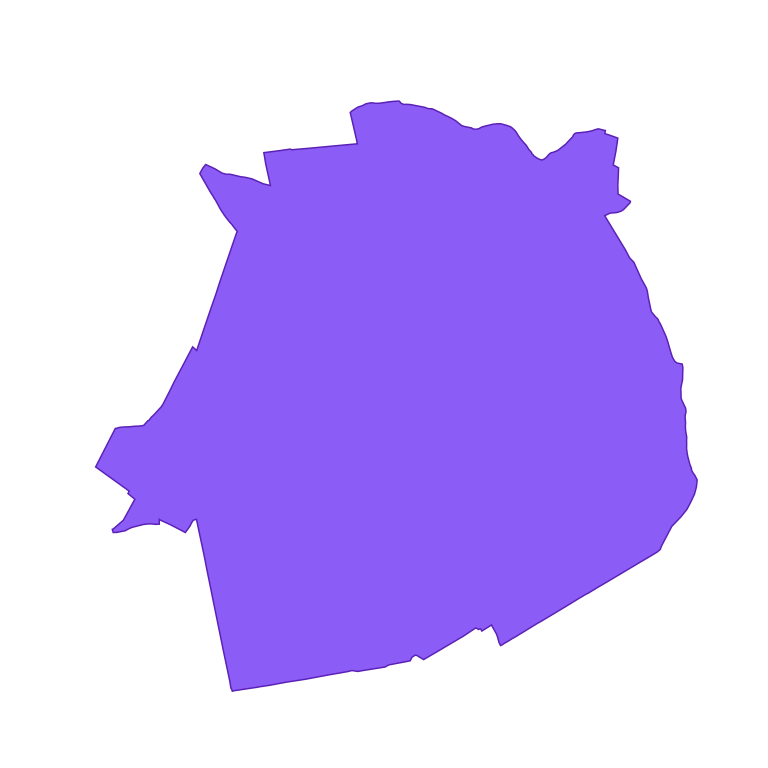 PIR, Satu Mare, Romania, rotated 261°
{"feature_id": "2599482B75880173618768", "entity_name": "PIR", "entity_type": "district", "adm_level": 2, "iso_a3": "ROU", "parent_name": "Romania", "parent_adm1": "Satu Mare", "projection": "natural_earth1", "projection_center": [22.392, 47.465], "detail": "fine", "context": "isolated", "style": "filled", "palette": "violet", "viewbox_px": 768, "rotation_deg": 261, "n_neighbors": 0, "source": "geoboundaries", "source_scale": "gbopen_adm2", "svg_char_len": 5542}
<svg xmlns="http://www.w3.org/2000/svg" viewBox="0 0 768 768"><g transform="rotate(261 384 384)"><path d="M599.7,642.3L602.5,635.6L602.2,632.4L601.6,629.6L601.4,626.4L601.3,625.1L601.3,623.1L601.6,617.1L601.9,613.8L601.8,612.7L601.6,611.8L601.1,611.0L600.3,610.1L599.8,609.7L599.0,609.3L598.7,609.1L598.2,608.4L594.4,603.4L592.7,601.4L587.5,592.1L586.4,587.5L586.3,585.7L586.2,585.1L585.9,584.4L585.1,583.0L584.3,582.0L583.6,581.2L582.8,580.3L582.4,579.7L581.6,578.4L581.0,576.9L580.6,575.5L580.6,574.8L581.0,573.8L582.0,572.1L583.4,570.3L585.2,568.4L585.9,567.7L586.3,567.5L587.1,567.1L587.7,566.5L588.1,566.2L588.9,566.1L590.2,565.6L592.4,564.1L593.2,563.6L594.8,563.0L595.9,562.6L596.4,562.3L597.8,561.7L600.1,560.1L602.5,558.6L604.5,557.4L605.8,556.8L607.5,555.9L608.8,555.3L611.2,554.4L612.5,553.8L613.6,553.1L614.6,552.5L615.9,551.4L616.9,550.6L617.9,549.6L618.3,549.1L618.8,548.4L619.1,547.7L619.3,547.2L620.2,545.7L621.8,542.2L622.5,540.7L623.0,539.3L623.1,537.7L623.3,536.2L623.4,534.3L623.5,533.1L623.5,531.6L623.4,530.2L623.2,528.3L623.1,526.1L622.9,524.4L622.8,523.1L622.6,521.7L622.3,520.0L621.8,518.8L621.4,517.9L621.2,516.1L621.3,514.8L621.5,513.2L621.9,512.3L622.4,511.5L623.3,510.4L623.8,508.9L624.6,507.0L625.0,505.7L625.6,504.1L626.4,502.5L627.0,501.2L631.1,497.5L632.7,496.1L635.4,492.9L638.3,488.9L639.4,487.1L640.2,486.0L640.6,485.4L642.2,483.6L644.6,480.1L645.3,479.0L645.9,478.2L646.9,476.8L648.3,474.5L648.7,472.7L648.8,471.5L649.9,469.1L650.6,468.2L651.1,466.9L651.6,465.6L655.9,453.7L656.8,449.6L656.9,447.7L657.8,446.0L658.7,444.7L660.9,443.5L661.3,442.0L661.4,440.1L661.7,437.6L661.8,435.0L661.9,432.4L662.0,423.7L662.5,419.7L663.3,417.2L663.8,414.9L663.7,412.6L663.6,410.2L663.0,408.2L662.3,406.2L662.0,404.5L661.6,401.6L660.1,398.1L658.5,394.6L657.4,393.1L652.1,393.5L629.4,395.1L625.4,395.2L626.1,384.9L627.4,365.0L628.5,347.6L629.8,329.5L630.7,328.1L630.8,318.3L631.3,301.5L619.9,301.6L597.8,302.9L600.7,295.9L604.5,290.0L606.8,286.5L607.4,285.3L609.7,279.7L611.2,274.7L614.5,266.7L615.2,264.8L616.1,260.2L616.8,259.1L617.5,257.2L623.0,250.7L628.7,242.2L625.6,238.8L623.7,237.3L620.7,235.0L619.3,235.5L613.7,237.6L600.3,242.7L599.1,243.2L598.1,243.7L596.9,244.3L594.6,245.1L593.0,245.8L591.8,246.4L590.3,246.9L585.3,248.7L584.2,249.0L581.5,250.1L580.0,250.7L578.6,251.4L577.1,252.1L576.1,252.5L571.9,254.7L567.8,257.0L565.6,258.6L564.1,259.3L557.4,263.0L556.8,262.4L556.1,261.9L544.8,255.9L527.4,246.7L510.1,237.6L499.0,232.0L487.7,225.9L463.8,213.3L456.5,209.5L446.4,204.2L450.6,200.8L445.0,196.6L435.6,189.6L419.1,177.2L410.4,171.1L397.9,162.0L396.8,160.7L396.4,160.7L394.9,158.6L389.8,152.2L388.5,150.4L388.0,149.5L386.8,148.1L384.9,146.2L384.7,145.6L384.7,145.1L380.7,140.2L380.7,135.8L381.1,132.9L381.4,129.4L381.6,125.4L382.0,122.4L382.3,119.8L382.5,116.6L382.4,114.5L382.0,112.9L382.2,111.7L370.1,102.9L347.2,86.2L318.1,115.5L315.8,114.0L309.2,119.9L299.6,112.5L290.3,105.3L283.2,94.0L283.0,92.9L279.7,93.3L279.2,96.7L279.5,104.0L279.5,105.4L281.1,109.7L281.8,112.7L282.9,124.5L282.8,127.0L282.5,130.9L281.7,134.3L281.1,136.6L280.7,140.1L285.4,140.9L284.9,141.3L281.3,146.7L278.3,151.2L272.9,158.5L268.4,164.5L271.1,167.3L274.1,170.2L277.3,172.5L278.7,173.8L279.4,174.6L279.6,176.9L279.6,177.6L242.7,179.5L229.0,180.0L194.2,181.5L146.6,183.6L114.1,185.2L107.6,185.2L107.2,185.4L105.8,185.9L104.3,186.1L104.5,188.3L104.4,201.8L104.3,210.6L104.4,214.0L104.3,223.6L104.8,240.8L104.7,251.9L104.7,261.3L105.0,271.7L105.3,282.2L105.6,300.5L105.6,302.9L106.0,307.5L105.1,310.3L104.2,313.2L104.3,320.6L104.3,330.8L104.3,340.9L105.8,344.7L106.5,366.6L109.6,368.7L111.4,372.5L110.8,373.9L105.6,380.0L114.0,401.4L120.9,418.8L122.4,422.7L128.6,436.2L128.0,437.6L127.5,438.2L126.9,438.6L126.8,438.8L126.8,439.3L127.0,439.8L127.2,440.8L126.8,441.3L125.7,441.6L124.7,442.0L125.2,443.2L126.0,445.1L128.9,451.9L129.2,452.4L119.7,455.9L116.2,456.6L111.1,457.1L110.1,457.3L108.9,457.7L107.7,458.1L107.4,458.2L107.6,459.0L108.5,461.2L109.4,463.2L110.1,465.2L111.0,467.5L112.2,470.1L113.7,474.3L114.1,475.3L115.7,479.0L116.1,480.1L116.7,481.5L117.4,483.2L123.1,496.9L126.4,505.5L133.9,524.0L138.4,535.0L140.3,539.6L141.4,542.2L142.4,544.6L142.7,545.5L143.2,546.9L143.7,547.9L144.7,550.5L145.8,554.0L146.2,554.7L146.3,555.1L147.8,558.6L148.0,559.4L148.7,560.7L150.3,564.8L152.7,571.0L161.4,592.8L168.5,610.5L170.6,615.9L174.9,626.6L175.6,628.1L176.6,629.7L177.0,630.5L177.6,631.1L179.4,632.1L179.9,632.3L180.6,632.8L183.9,635.2L186.7,637.3L196.4,644.5L197.4,645.3L198.4,646.0L206.1,656.2L212.6,663.4L218.8,668.1L226.6,673.4L230.1,675.0L233.6,676.5L240.3,678.3L245.2,676.7L247.4,675.5L251.6,674.1L252.5,674.5L256.9,673.5L264.9,672.7L268.8,672.6L270.7,672.7L272.7,672.7L275.9,673.3L281.3,674.1L284.2,674.7L290.5,674.6L294.7,675.0L298.7,675.8L304.9,676.3L309.6,678.0L313.0,678.1L319.4,676.2L322.2,675.4L324.2,675.3L329.1,676.0L332.9,676.4L336.7,677.7L341.3,679.5L353.8,681.8L357.1,681.6L357.7,679.9L359.0,676.5L361.0,674.7L363.6,673.7L365.2,673.1L368.8,672.5L371.6,672.1L380.5,671.0L386.4,670.1L397.2,667.2L400.3,666.3L402.7,665.3L404.9,664.8L405.7,664.4L407.6,662.9L407.8,662.7L408.9,662.1L412.7,659.8L413.4,659.5L415.8,659.2L421.9,658.9L428.1,658.6L434.2,658.6L437.7,658.2L447.9,654.5L455.7,652.4L465.2,649.8L470.2,646.3L478.8,643.4L515.7,628.3L517.4,634.2L516.9,640.8L517.6,645.2L518.8,647.9L521.0,650.8L524.4,655.3L525.9,656.0L535.0,644.9L543.4,646.0L554.2,648.2L560.8,649.5L564.5,644.7L577.7,649.5L584.7,651.7L590.3,653.4L594.9,645.0L596.7,641.3L599.7,642.3Z" fill="#8b5cf6" stroke="#5b21b6" stroke-width="1.5"/></g></svg>